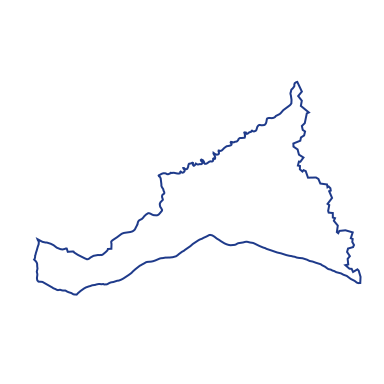 outline of VI-7 Upper Corentyne, East Berbice-Corentyne, Guyana, rotated 266°
{"feature_id": "73187651B49855956252830", "entity_name": "VI-7 Upper Corentyne", "entity_type": "district", "adm_level": 2, "iso_a3": "GUY", "parent_name": "Guyana", "parent_adm1": "East Berbice-Corentyne", "projection": "albers", "projection_center": [-57.779, 3.06], "detail": "fine", "context": "isolated", "style": "outline", "palette": "blue", "viewbox_px": 384, "rotation_deg": 266, "n_neighbors": 0, "source": "geoboundaries", "source_scale": "gbopen_adm2", "svg_char_len": 6062}
<svg xmlns="http://www.w3.org/2000/svg" viewBox="0 0 384 384"><g transform="rotate(266 192 192)"><path d="M97.7,69.8L99.1,71.3L101.1,74.0L103.3,77.6L104.2,79.5L105.1,82.8L105.2,83.7L105.9,85.9L106.1,89.1L106.4,90.0L106.7,92.2L106.7,93.4L106.3,95.1L106.4,97.1L105.9,97.9L105.8,100.2L106.0,101.2L107.0,103.2L107.5,104.9L107.7,107.3L108.7,111.2L108.7,112.4L108.9,113.4L109.6,115.5L110.5,117.5L113.6,123.0L115.1,125.4L115.6,126.1L116.9,127.5L118.9,130.1L122.1,134.8L122.4,135.6L123.4,137.6L123.8,138.6L125.2,141.4L125.4,142.8L125.4,146.3L125.7,148.5L126.3,150.7L127.9,155.3L128.1,156.7L128.1,158.1L128.4,160.8L128.2,165.2L128.3,168.2L129.0,171.6L130.0,173.3L130.8,174.3L133.1,177.9L133.9,179.8L134.6,180.7L138.1,186.6L140.1,189.2L143.2,194.7L144.0,196.3L144.8,199.0L145.4,200.1L146.6,203.4L147.9,206.3L147.9,207.3L147.3,209.2L145.9,211.2L143.8,213.5L142.3,215.7L140.9,217.4L138.5,220.8L137.5,222.7L136.7,224.7L136.2,226.7L136.3,230.9L136.5,231.9L137.4,233.7L137.7,234.6L138.1,239.4L138.5,241.4L138.6,242.7L138.4,243.9L138.0,245.1L137.6,246.3L137.2,248.2L136.9,249.4L136.3,250.6L133.5,255.4L131.6,259.2L130.9,261.1L130.1,262.3L128.1,267.2L125.7,272.8L124.6,276.5L122.5,281.7L121.6,284.6L121.1,286.9L120.7,287.9L120.2,290.0L119.3,291.9L118.8,294.0L118.2,297.6L116.5,301.9L115.0,304.5L114.2,307.5L112.8,310.6L110.9,315.5L110.1,316.3L108.1,319.6L106.0,322.0L105.5,322.9L104.9,325.0L103.8,326.7L103.2,328.4L102.0,330.2L100.4,335.0L98.9,337.3L97.5,340.5L94.2,344.3L92.2,347.7L91.6,348.5L90.2,350.0L89.8,350.8L89.5,351.6L89.5,353.5L95.6,354.2L101.9,352.8L103.3,351.6L101.0,347.1L104.2,345.9L104.5,343.7L108.3,339.9L108.8,342.8L114.4,342.6L117.0,345.0L121.4,342.5L124.7,343.7L125.8,348.8L127.8,349.9L131.0,348.4L133.9,349.0L134.8,347.2L140.5,349.5L143.1,342.4L142.9,336.3L140.7,335.0L141.9,333.7L148.3,335.1L153.4,331.5L155.9,332.8L156.7,330.7L161.2,331.0L161.9,326.9L163.7,326.5L169.4,328.0L170.7,326.4L176.3,331.3L183.2,328.9L183.7,330.5L186.1,330.3L188.0,328.7L187.3,327.5L190.1,327.2L191.5,320.6L196.2,319.0L197.8,316.7L198.2,308.7L204.9,306.9L206.0,304.8L204.7,303.6L207.1,301.2L210.4,301.5L211.0,299.5L214.9,300.8L214.6,302.2L218.6,305.6L221.8,301.3L227.1,300.3L230.2,296.4L233.3,296.5L235.6,303.6L238.8,304.5L240.6,307.8L244.5,309.0L246.2,306.8L250.2,306.2L252.8,309.3L262.4,312.0L263.2,314.1L270.3,306.6L275.4,307.9L280.3,304.6L284.5,308.6L294.5,304.7L294.3,303.7L293.4,302.1L292.2,301.6L290.6,301.5L289.8,301.0L288.2,299.6L287.4,298.5L287.0,298.2L284.4,297.4L283.8,297.1L282.9,297.1L281.2,297.4L276.9,297.7L273.5,297.3L272.7,296.7L271.7,295.7L267.3,288.8L264.4,285.9L263.6,284.8L262.0,281.0L260.9,279.9L260.3,278.5L260.1,276.8L260.5,274.0L260.2,272.3L259.6,271.8L256.8,271.1L255.5,270.6L254.8,270.1L254.0,269.3L253.8,268.8L253.7,267.5L253.7,266.1L254.2,264.0L254.0,263.3L253.5,262.6L252.4,261.7L249.5,260.6L248.6,259.8L248.1,258.1L248.2,257.5L248.4,256.9L249.0,256.3L249.0,255.9L248.3,255.4L247.8,254.9L247.6,253.4L246.3,251.5L246.2,250.6L247.6,249.9L247.8,248.5L247.5,248.3L247.1,249.1L246.8,249.1L245.7,248.7L245.1,248.6L244.6,248.9L243.5,248.7L242.5,248.3L242.4,245.7L242.5,244.1L242.4,243.2L241.5,242.1L240.6,241.7L239.5,240.6L239.2,239.9L239.1,238.3L238.7,237.5L238.6,237.0L239.3,234.4L239.0,234.1L238.7,234.0L238.0,234.3L237.5,234.9L236.5,234.7L235.9,234.0L235.5,232.4L235.2,229.7L233.7,227.3L231.5,224.8L231.1,223.8L231.0,223.1L231.4,222.1L231.5,221.5L230.9,221.3L229.7,221.6L228.7,221.6L228.1,221.3L227.6,220.5L227.5,219.3L228.2,217.7L229.5,216.2L228.8,216.1L226.7,217.1L225.2,217.5L224.6,217.5L223.6,217.3L223.4,216.5L224.0,215.8L223.7,215.4L222.0,215.3L221.3,214.8L221.0,214.0L221.3,212.5L221.0,211.3L219.6,209.1L219.2,208.0L219.2,207.0L219.3,206.7L219.9,206.3L221.4,206.0L222.8,205.2L223.2,204.6L223.7,203.6L223.3,203.1L222.7,203.1L221.2,204.3L220.7,204.5L219.9,204.3L219.3,203.6L219.1,203.0L219.3,201.6L219.0,199.9L219.3,198.9L220.1,197.8L218.6,196.7L218.0,195.7L218.3,195.3L219.1,194.8L220.9,195.0L221.2,194.4L220.6,193.1L220.4,191.1L220.0,190.7L218.5,190.1L217.6,190.0L215.5,188.9L215.2,188.2L215.1,187.4L215.5,186.6L216.5,185.6L216.5,185.0L216.0,185.1L215.0,185.9L214.2,186.2L213.3,186.0L212.2,185.0L211.9,183.8L212.1,183.3L213.2,182.1L212.9,181.7L212.2,181.6L211.4,181.1L211.3,179.9L211.5,178.5L212.4,175.4L212.5,174.3L212.3,173.2L212.7,172.2L212.6,171.9L212.0,171.4L211.4,169.5L211.5,168.5L212.3,167.2L212.6,166.3L212.7,164.7L212.2,162.8L211.6,161.7L211.1,160.3L210.8,159.9L210.1,160.1L209.1,161.2L207.7,161.7L202.0,162.0L200.3,161.9L199.0,162.3L196.8,163.5L195.4,163.7L193.7,164.3L192.8,164.3L192.2,163.9L191.4,162.5L190.6,162.0L189.8,161.8L188.9,161.8L186.6,162.4L186.0,162.2L185.3,161.3L183.8,159.7L182.3,159.0L180.3,159.1L179.2,159.4L177.9,160.2L176.2,160.9L175.7,160.8L174.9,160.3L174.4,159.7L174.0,159.4L172.0,157.4L171.3,156.1L171.2,154.9L171.6,152.0L172.2,150.7L173.3,149.0L173.8,147.8L173.9,146.8L172.8,144.7L171.0,142.5L169.9,141.6L168.6,140.1L167.6,137.7L167.1,136.9L165.8,136.0L164.1,135.5L163.6,135.2L163.4,135.3L160.2,133.3L159.4,132.9L158.3,132.1L157.3,130.7L156.8,129.6L156.4,127.7L156.0,122.3L155.9,121.2L155.4,119.4L154.7,118.1L152.1,114.1L149.9,110.2L149.1,108.9L148.2,108.0L146.8,107.9L146.0,108.1L141.0,107.6L141.0,104.1L140.3,103.9L139.6,103.5L138.0,101.6L137.0,100.2L135.9,98.7L135.4,97.5L135.6,96.7L135.5,95.8L135.7,93.7L135.2,89.3L133.7,86.1L132.8,84.9L132.3,83.6L132.2,82.6L133.2,80.6L137.3,73.7L139.9,70.2L140.8,69.7L140.9,68.5L141.0,68.5L141.0,63.9L144.3,63.1L144.5,62.4L144.1,61.2L143.7,58.9L144.2,56.7L145.9,53.2L148.6,50.2L150.2,47.5L151.7,43.7L151.8,42.4L152.7,39.4L153.6,37.9L155.7,34.6L154.7,34.9L153.8,35.4L152.9,35.7L150.6,35.4L148.1,34.3L144.2,32.9L142.3,32.1L140.3,31.5L139.3,31.0L138.4,31.0L137.2,30.7L136.2,30.3L135.6,29.8L133.8,31.4L132.9,31.9L132.0,32.3L130.9,32.5L128.8,32.4L126.3,32.5L123.3,31.6L120.9,32.0L119.9,31.9L117.0,31.3L115.2,31.4L114.4,31.7L113.3,32.6L112.9,35.7L112.7,36.6L106.4,46.1L105.7,46.9L104.7,49.0L103.9,50.2L103.5,51.2L103.5,52.2L103.7,53.5L102.8,55.8L102.5,58.9L101.3,60.6L100.7,61.8L99.6,64.6L98.3,66.4L98.0,67.3L97.7,69.8Z" fill="none" stroke="#1e3a8a" stroke-width="2"/></g></svg>